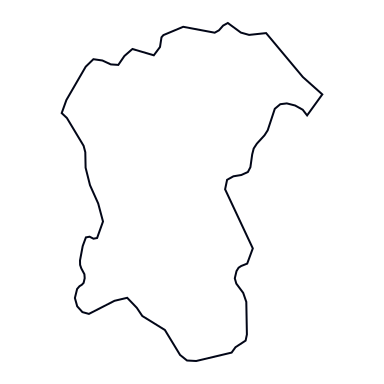 an SVG outline of Pescara
{"feature_id": "ITA-5418", "entity_name": "Pescara", "entity_type": "Province", "adm_level": 1, "iso_a3": "ITA", "parent_name": "Italy", "parent_adm1": "", "projection": "albers", "projection_center": [13.979, 42.31], "detail": "fine", "context": "isolated", "style": "outline", "palette": "ink", "viewbox_px": 384, "rotation_deg": 0, "n_neighbors": 0, "source": "natural_earth", "source_scale": "10m", "svg_char_len": 1121}
<svg xmlns="http://www.w3.org/2000/svg" viewBox="0 0 384 384"><path d="M266.1,33.1L302.9,77.1L322.3,94.4L307.1,115.4L302.7,109.7L295.1,105.5L286.8,103.4L280.3,104.2L274.8,108.8L267.7,130.3L264.5,135.3L256.9,143.6L253.7,148.5L252.2,154.4L250.4,167.2L247.9,172.0L241.3,175.0L233.4,176.3L227.1,179.8L225.1,189.3L252.8,248.4L247.2,263.6L241.2,266.0L238.6,267.7L236.5,271.1L234.8,278.3L236.3,283.6L243.2,292.9L246.3,301.9L246.9,334.5L245.6,340.6L235.5,347.2L231.6,352.6L196.2,361.0L187.0,360.5L180.1,355.0L164.9,330.0L142.3,316.0L136.8,307.8L127.2,297.8L114.5,300.8L88.9,313.9L82.4,312.1L77.2,306.3L74.9,298.0L77.1,289.0L79.5,286.2L81.8,284.8L83.6,282.9L84.7,278.2L84.4,274.2L81.3,268.4L80.1,264.9L80.0,260.5L82.7,246.1L85.9,237.4L89.6,236.7L93.5,238.7L97.1,238.0L103.0,221.5L98.2,203.5L90.0,185.2L85.6,167.7L85.3,152.2L83.6,145.8L66.9,118.0L61.7,113.1L66.4,100.0L85.7,66.7L93.4,59.2L102.4,60.5L110.8,64.4L118.3,64.9L124.4,56.0L132.4,49.0L153.8,55.3L160.0,47.0L161.5,37.3L163.4,35.1L183.2,26.8L214.7,32.7L219.0,30.3L223.1,25.6L227.8,23.0L240.9,32.6L249.1,34.9L266.1,33.1Z" fill="none" stroke="#020617" stroke-width="2"/></svg>